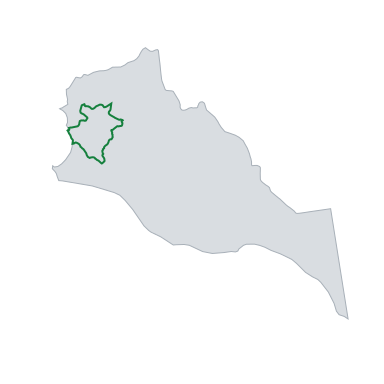 location of Taza - Al Hoceima - Taounate within Morocco, rotated 261°
{"feature_id": "MAR-1447", "entity_name": "Taza - Al Hoceima - Taounate", "entity_type": "Region", "adm_level": 1, "iso_a3": "MAR", "parent_name": "Morocco", "parent_adm1": "", "projection": "equal_earth", "projection_center": [-4.152, 34.39], "detail": "fine", "context": "in_parent", "style": "outline", "palette": "green", "viewbox_px": 384, "rotation_deg": 261, "n_neighbors": 0, "source": "natural_earth", "source_scale": "10m", "svg_char_len": 4709}
<svg xmlns="http://www.w3.org/2000/svg" viewBox="0 0 384 384"><g transform="rotate(261 192 192)"><path d="M45.3,322.9L47.8,318.1L51.7,316.0L59.8,314.9L71.9,311.0L82.8,305.0L85.9,302.6L89.3,297.8L94.8,291.6L105.1,284.1L109.8,280.0L117.1,269.6L122.0,260.9L126.0,255.4L128.7,250.5L130.7,245.6L131.9,237.6L131.3,234.5L128.4,229.4L126.5,228.0L126.0,225.6L127.1,221.4L127.2,214.1L128.1,202.5L131.5,193.2L139.8,181.0L141.4,176.0L142.4,168.0L142.6,165.2L152.7,154.0L158.7,145.3L160.8,143.2L166.0,139.3L184.0,130.7L194.2,124.6L200.1,120.2L203.7,114.9L213.6,94.4L223.3,65.6L224.1,62.2L228.4,61.3L231.4,60.9L233.8,59.8L236.8,57.7L239.7,58.5L238.2,60.0L238.2,63.5L240.2,67.7L243.7,72.3L250.1,78.3L255.2,80.6L262.3,82.1L270.7,79.5L275.3,79.4L277.6,78.3L280.1,79.9L284.8,80.5L289.3,79.6L292.7,77.1L294.9,74.3L295.3,75.7L295.4,77.2L296.0,78.1L297.4,81.7L298.1,83.1L300.7,82.9L303.0,83.6L308.1,83.3L313.0,83.9L313.7,86.3L315.2,88.1L320.3,92.5L323.3,95.1L323.4,96.0L322.5,98.2L322.1,99.7L322.9,101.4L324.8,103.3L324.9,104.2L324.5,105.3L323.5,107.4L325.6,113.5L326.1,119.5L325.6,123.7L325.6,126.2L325.9,128.3L327.7,133.1L326.6,141.1L327.9,145.5L329.8,149.0L330.8,155.3L332.3,158.3L334.7,161.0L336.1,161.9L338.8,164.0L340.7,165.9L341.8,168.6L339.5,170.8L337.6,172.8L337.1,175.0L338.0,178.4L338.0,180.3L336.8,180.9L331.9,180.7L328.0,180.5L323.6,180.4L317.3,180.0L313.5,179.8L308.2,179.6L306.3,179.7L301.5,180.7L298.0,181.4L297.5,181.5L296.4,182.4L295.7,185.0L295.0,187.9L294.3,189.2L284.0,193.4L280.0,194.0L277.6,193.5L276.0,193.9L274.6,194.8L274.1,196.1L274.0,197.9L274.3,199.6L275.3,202.1L275.5,204.6L274.8,206.3L274.7,208.0L274.4,209.9L274.9,210.9L275.9,211.1L276.9,211.9L278.4,212.7L279.5,214.2L279.5,216.3L278.5,217.5L277.6,218.2L273.8,218.7L270.7,219.2L266.7,222.6L262.4,226.2L257.3,228.6L255.1,229.3L251.2,231.0L246.5,233.9L244.2,238.4L241.3,243.7L238.5,247.2L234.6,250.6L231.1,251.8L226.6,253.5L220.9,254.7L216.9,255.1L215.7,255.4L212.2,255.5L210.5,255.2L209.2,255.1L208.6,255.4L208.5,256.3L208.4,258.2L208.1,260.3L207.0,262.2L206.2,263.0L205.3,263.3L202.3,262.8L199.8,262.3L193.9,261.5L192.8,261.7L192.3,261.9L190.5,263.1L187.6,265.8L185.6,268.1L184.2,269.2L180.8,269.7L179.3,270.6L172.8,276.3L171.4,277.7L164.7,282.8L162.9,284.4L161.4,286.1L157.4,289.8L154.8,291.4L154.4,292.4L154.2,294.7L154.1,299.7L154.1,304.5L154.0,311.5L153.9,318.6L153.8,326.3L42.2,326.3L45.3,322.9Z" fill="#d9dde1" stroke="#a8b0b8" stroke-width="1"/><path d="M258.3,81.5L261.2,82.4L261.9,82.4L262.4,82.3L263.8,81.3L267.1,80.7L269.1,79.7L271.2,79.2L272.2,78.7L272.4,79.1L272.1,79.3L271.9,79.4L272.0,79.6L272.2,79.9L272.6,80.4L272.9,80.6L273.4,80.6L274.1,80.7L274.5,80.6L274.5,80.9L274.7,82.0L274.5,83.1L274.8,89.4L275.5,90.4L276.7,91.3L277.7,91.5L279.6,92.3L280.0,93.7L279.9,94.6L279.7,95.5L279.7,96.2L279.3,96.7L279.1,97.3L279.1,98.0L279.3,98.6L280.0,99.0L281.2,100.2L282.0,100.2L285.6,97.2L286.4,96.1L286.9,95.2L287.8,94.4L289.6,94.3L294.7,96.6L295.1,97.2L295.2,98.0L295.3,98.7L295.6,99.3L295.3,99.6L294.9,99.5L294.3,99.5L293.8,99.7L293.4,100.1L293.4,100.7L292.8,102.9L292.8,103.0L292.7,103.2L292.6,103.3L292.3,103.5L292.2,103.7L292.2,103.9L292.0,104.2L290.3,105.5L289.9,105.9L289.7,106.3L289.7,106.7L289.7,107.5L290.2,108.7L291.7,110.9L292.1,112.7L292.7,114.5L292.4,116.1L291.8,117.2L289.5,118.4L289.4,119.3L289.7,120.9L292.0,126.1L286.2,124.4L285.2,123.8L284.8,123.1L284.2,122.5L283.3,122.2L282.4,122.2L281.4,122.8L280.5,123.7L277.7,127.2L277.3,127.5L277.0,128.0L275.2,130.6L274.8,131.3L274.7,132.0L274.8,132.9L273.9,134.7L273.6,134.8L273.4,134.3L273.0,133.6L272.5,133.5L270.9,134.1L270.2,133.8L269.6,133.7L269.0,133.4L268.5,133.0L268.3,132.1L268.4,131.2L268.3,129.8L268.7,128.5L267.7,126.7L267.0,125.4L265.8,123.4L265.7,122.7L265.8,122.2L265.3,121.9L264.4,122.1L263.5,122.5L262.2,122.2L261.6,122.2L261.2,122.5L259.4,122.2L258.7,122.3L257.3,121.3L256.7,120.7L256.8,119.9L256.6,118.9L255.9,118.0L254.5,117.4L252.9,116.4L252.1,115.4L251.4,113.9L250.8,113.0L249.9,112.1L249.1,112.1L248.8,111.8L248.7,111.6L248.5,111.2L248.2,110.7L247.7,110.7L247.2,110.4L247.0,110.1L246.8,109.9L246.3,109.8L244.4,109.9L244.2,109.9L243.5,110.3L243.3,110.2L242.8,109.5L242.4,109.3L241.9,109.2L241.4,109.4L239.3,110.4L238.4,110.6L236.9,110.5L236.4,110.5L236.0,110.2L234.8,108.4L234.6,108.1L234.4,107.8L234.3,107.3L234.8,106.8L237.7,104.5L238.4,103.3L239.7,102.2L240.1,101.6L240.9,101.3L241.4,100.7L241.7,100.0L241.9,99.0L241.9,97.3L241.6,96.3L243.0,94.6L245.0,93.8L246.8,93.6L248.1,93.0L249.0,92.5L250.2,92.1L250.8,91.6L251.3,91.5L252.3,90.4L253.4,89.7L253.8,89.3L254.2,88.9L254.7,88.9L255.4,88.7L256.3,88.4L257.3,87.6L258.1,86.6L258.8,85.6L259.1,84.7L258.8,83.9L258.8,83.2L258.3,82.8L258.3,81.6L258.3,81.5Z" fill="none" stroke="#15803d" stroke-width="2"/></g></svg>